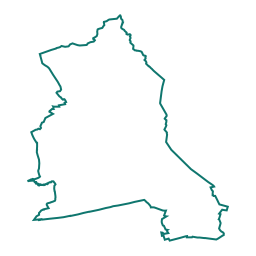 Tadaiķu pag., Durbes, Latvia (Natural Earth projection)
{"feature_id": "27541924B16755301218302", "entity_name": "Tadaiķu pag.", "entity_type": "district", "adm_level": 2, "iso_a3": "LVA", "parent_name": "Latvia", "parent_adm1": "Durbes", "projection": "natural_earth1", "projection_center": [21.303, 56.588], "detail": "fine", "context": "isolated", "style": "outline", "palette": "teal", "viewbox_px": 256, "rotation_deg": 0, "n_neighbors": 0, "source": "geoboundaries", "source_scale": "gbopen_adm2", "svg_char_len": 5596}
<svg xmlns="http://www.w3.org/2000/svg" viewBox="0 0 256 256"><path d="M214.1,186.6L213.7,186.0L213.6,185.8L213.5,185.7L211.6,184.3L208.3,182.1L197.2,173.7L190.9,169.1L171.3,149.8L166.1,142.0L167.1,134.6L166.8,133.7L166.9,132.5L164.5,129.7L164.4,129.5L165.2,128.0L165.9,126.6L166.4,125.2L165.7,124.2L166.3,122.1L166.4,121.0L166.2,120.6L166.4,120.2L164.7,118.7L164.9,118.3L166.7,115.9L166.5,114.6L160.2,103.6L160.1,103.0L161.6,91.2L162.5,86.2L164.2,79.9L154.0,71.1L152.3,69.4L152.0,69.0L150.9,68.1L150.0,67.1L148.8,66.1L148.6,66.2L146.1,63.7L146.4,62.6L146.4,62.3L146.1,61.8L145.9,61.5L145.9,61.3L145.4,60.7L144.5,60.1L144.5,59.8L145.1,59.2L145.6,58.5L145.6,58.1L145.4,57.5L145.4,57.2L145.7,56.5L145.8,56.2L145.6,55.9L144.7,55.6L143.6,55.4L143.1,55.0L142.8,54.1L142.4,53.6L142.3,53.0L141.9,52.5L141.7,51.9L141.5,51.7L140.2,51.2L137.7,50.7L136.9,50.8L136.1,50.4L135.0,50.4L134.5,49.9L134.1,49.6L133.7,49.5L133.2,49.1L133.1,48.8L133.5,46.0L133.4,45.4L130.5,42.9L130.3,42.5L130.6,41.5L130.4,40.9L129.8,40.4L129.8,40.2L129.8,39.5L130.5,38.2L130.5,37.8L130.4,37.3L129.9,36.6L129.9,36.4L130.4,35.8L130.5,35.5L130.6,35.3L130.5,34.8L130.2,34.5L129.8,34.2L127.8,34.6L127.6,34.6L126.5,34.1L126.4,34.0L126.4,33.8L126.6,33.4L126.7,32.8L126.5,32.5L124.7,30.9L124.2,30.0L124.0,29.8L122.8,29.2L121.9,28.6L121.5,28.3L121.4,28.0L121.2,27.6L121.2,26.8L121.7,25.4L122.6,23.3L122.3,23.4L122.7,22.1L122.7,21.2L122.4,20.1L122.3,19.8L121.3,19.0L120.9,17.8L120.9,16.8L120.3,15.4L119.9,15.4L118.0,17.4L116.9,18.7L109.3,19.5L108.3,20.0L106.9,21.0L106.6,21.2L103.9,21.9L103.8,22.4L104.0,23.1L104.3,25.2L104.1,25.4L103.4,26.1L102.4,27.8L102.1,28.0L100.4,28.4L98.1,29.1L97.6,29.5L97.4,30.7L97.2,31.4L97.4,34.1L96.7,36.1L95.4,37.0L93.2,38.2L93.2,38.4L93.2,38.9L93.4,39.1L94.5,39.7L94.9,40.3L93.7,41.6L90.4,42.2L87.8,43.4L87.6,43.5L87.2,44.5L86.6,44.9L86.4,45.0L79.7,45.5L77.5,45.1L72.5,43.4L72.3,43.5L70.1,44.4L68.7,46.2L68.3,46.4L65.1,46.8L61.5,46.0L60.2,47.0L59.2,47.4L56.4,48.1L56.1,48.5L51.4,49.9L39.8,54.0L40.2,55.4L40.4,55.6L40.3,55.8L41.8,61.3L42.3,63.3L44.7,65.1L47.5,66.8L49.1,68.3L53.1,74.8L57.8,81.9L59.7,85.4L60.4,86.4L60.6,87.2L61.1,89.6L60.0,91.2L57.4,91.6L56.5,92.8L59.4,96.4L61.2,97.6L61.4,98.3L62.8,99.6L63.0,99.7L64.0,99.1L64.5,99.3L65.3,100.4L66.1,102.1L64.6,102.8L65.1,104.2L58.9,105.3L59.3,106.7L54.1,106.7L53.2,106.5L53.4,106.9L53.4,108.7L53.6,109.0L53.0,109.1L52.3,108.9L51.9,109.1L50.8,110.1L50.7,110.3L50.1,110.7L49.8,110.8L49.6,111.0L49.4,111.7L53.0,113.9L45.4,118.0L43.7,122.0L41.9,122.7L41.2,124.5L40.6,125.6L40.4,126.5L41.0,127.9L40.9,128.1L39.9,129.2L38.3,128.7L37.4,129.5L36.0,129.7L35.6,129.8L31.3,132.2L32.3,135.0L33.4,137.4L34.5,139.5L36.5,142.6L36.8,142.5L37.1,142.8L37.1,146.7L36.9,150.1L37.0,150.1L36.8,152.2L37.7,155.5L39.0,159.6L39.3,163.3L39.0,168.4L38.3,170.5L38.2,171.0L38.6,172.8L39.3,175.2L40.0,176.6L39.4,177.2L38.2,177.9L36.4,178.6L34.9,179.1L34.3,179.3L32.7,178.9L31.9,179.3L31.1,179.4L30.0,180.0L28.3,180.7L28.2,180.8L28.4,181.1L29.5,180.9L31.6,180.7L33.9,180.6L34.6,182.0L35.6,181.9L36.2,182.0L36.3,182.2L36.4,182.4L35.9,182.7L35.9,182.8L35.7,183.2L35.9,183.6L36.3,183.7L37.1,183.5L37.4,183.9L38.0,183.7L38.7,183.9L38.8,184.1L38.5,184.2L38.3,184.2L38.2,184.4L38.5,184.5L38.3,184.9L38.5,185.0L38.3,185.2L38.4,185.3L38.8,185.1L38.9,185.3L39.2,185.4L39.4,185.0L40.2,185.0L40.3,185.0L39.9,184.5L40.4,184.3L40.6,184.4L40.8,184.6L41.0,184.7L41.2,184.9L41.1,185.0L41.3,185.0L41.6,185.0L41.9,184.8L42.6,185.0L43.2,184.7L43.3,184.8L43.6,185.0L43.9,184.7L44.2,184.9L44.6,184.7L44.9,184.8L45.1,184.7L45.1,184.3L45.3,184.1L45.5,184.1L45.5,184.4L45.5,184.5L46.0,184.2L47.0,183.9L47.1,183.7L47.5,184.0L47.7,183.7L47.9,183.7L48.0,183.5L47.7,183.4L48.3,182.8L48.7,182.8L49.9,182.2L50.0,182.3L50.9,182.4L51.4,182.0L51.4,181.8L51.5,181.5L51.6,181.4L53.2,181.3L53.7,181.6L53.8,182.0L55.1,183.5L55.5,184.4L55.2,184.8L54.5,185.5L54.4,185.7L54.2,188.5L54.3,189.3L54.6,191.3L54.8,191.4L55.4,195.8L55.5,197.5L55.3,198.4L55.3,199.8L55.0,200.7L52.8,201.7L50.8,202.3L50.6,202.5L47.3,203.4L46.7,204.2L46.8,205.0L48.6,208.2L43.7,209.3L43.8,209.6L42.8,209.8L41.3,210.4L40.4,211.5L39.0,213.0L39.1,214.8L36.5,216.3L33.9,219.9L39.4,219.4L39.2,219.5L38.5,219.6L38.7,220.1L39.0,220.1L39.6,220.0L39.5,219.9L40.3,219.8L40.3,219.3L41.1,219.2L41.8,219.1L42.3,219.6L43.2,219.5L50.1,218.7L57.8,217.9L63.5,217.2L70.2,215.8L70.3,216.0L78.0,214.4L83.7,212.9L89.2,211.7L89.3,211.8L98.9,209.8L105.9,208.0L110.4,207.1L113.2,206.2L118.1,205.5L129.2,203.3L134.6,201.9L144.2,199.9L145.1,200.6L146.5,202.1L148.2,203.4L150.1,205.6L150.9,207.1L150.9,207.4L152.5,207.3L154.1,207.4L155.9,208.0L158.3,208.9L162.8,210.5L164.8,210.7L165.9,210.6L164.1,215.5L165.6,216.3L166.4,216.4L162.0,219.1L161.7,221.3L161.8,222.7L162.8,225.4L163.9,225.8L165.6,229.5L167.5,229.9L167.2,230.1L167.0,230.9L167.4,231.7L168.3,233.1L163.9,233.9L162.6,232.7L161.3,232.5L161.8,234.8L161.9,235.8L163.5,235.6L163.5,235.9L163.6,236.0L164.7,239.3L164.8,239.7L168.6,238.6L169.7,240.6L179.7,238.0L185.7,236.3L187.0,236.1L186.9,237.3L187.0,237.3L192.0,237.3L192.5,236.7L197.2,237.5L197.4,237.5L199.4,237.5L204.5,238.1L204.8,238.0L216.3,239.5L218.2,238.5L222.6,235.6L223.7,235.1L223.8,233.4L223.0,232.4L221.3,231.5L219.9,230.0L219.1,228.5L220.5,223.7L220.6,223.0L220.0,221.4L219.0,219.0L218.9,219.0L219.4,217.8L220.4,214.5L220.5,214.2L219.1,213.7L222.2,209.7L224.3,210.1L226.7,210.4L227.8,206.7L219.8,204.5L219.4,204.4L218.0,201.6L217.6,200.7L215.2,195.9L213.6,196.0L213.1,195.5L213.2,195.3L213.1,195.1L212.8,195.1L212.9,194.8L212.7,194.6L212.6,194.4L212.6,194.1L212.9,191.3L211.8,190.1L210.6,187.4L214.1,186.6Z" fill="none" stroke="#0f766e" stroke-width="2"/></svg>